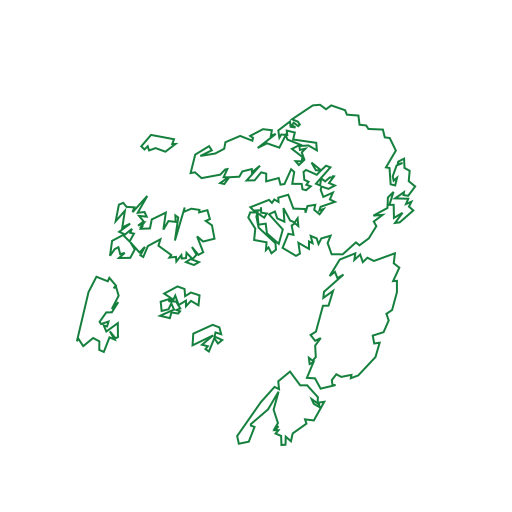 Austevoll nor, Norway (Natural Earth projection), rotated 299°
{"feature_id": "86288312B29393912466053", "entity_name": "Austevoll nor", "entity_type": "district", "adm_level": 2, "iso_a3": "NOR", "parent_name": "Norway", "parent_adm1": "", "projection": "natural_earth1", "projection_center": [5.173, 60.063], "detail": "fine", "context": "isolated", "style": "outline", "palette": "green", "viewbox_px": 512, "rotation_deg": 299, "n_neighbors": 0, "source": "geoboundaries", "source_scale": "gbopen_adm2", "svg_char_len": 6165}
<svg xmlns="http://www.w3.org/2000/svg" viewBox="0 0 512 512"><g transform="rotate(299 256 256)"><path d="M315.2,153.7L296.8,158.6L299.6,162.1L297.7,170.6L309.8,185.3L316.7,187.1L318.1,188.8L309.2,189.5L311.5,193.7L302.4,189.3L303.6,193.4L311.9,194.4L317.3,203.0L323.3,203.0L330.0,210.2L327.3,211.9L336.9,215.7L317.5,211.2L321.5,218.1L331.7,220.0L333.0,225.0L326.2,228.7L335.2,238.1L330.3,242.8L332.7,246.0L348.9,244.7L348.0,248.7L336.7,252.7L341.2,261.0L336.9,264.3L337.8,267.9L343.5,270.1L342.7,265.5L346.4,266.0L346.0,261.4L352.6,256.8L355.5,258.0L356.5,269.8L362.3,271.3L360.0,266.8L364.6,259.3L362.5,271.4L368.9,273.5L369.6,278.1L348.3,273.4L348.8,277.8L355.5,275.4L354.8,280.3L360.6,282.5L361.3,284.4L363.2,284.7L363.5,285.6L355.2,284.5L355.9,290.8L349.9,286.9L348.5,279.6L345.3,280.4L340.3,286.2L348.7,292.5L341.3,293.2L341.6,298.8L330.3,288.6L326.5,289.4L329.9,292.3L323.3,291.4L324.6,284.5L329.5,283.0L324.6,276.8L317.9,278.3L320.9,276.2L315.6,265.7L325.2,254.5L317.8,247.2L314.2,249.5L314.3,244.6L310.2,244.2L311.4,240.2L295.9,227.4L294.6,231.9L298.4,238.1L301.1,236.7L296.4,239.5L298.4,244.8L293.5,244.6L294.3,236.4L284.6,243.0L289.0,248.8L281.1,254.6L277.7,270.0L292.2,266.6L298.8,247.2L304.1,251.0L299.2,256.3L299.8,264.2L311.2,256.8L303.6,268.7L304.1,273.6L309.2,274.1L302.7,278.5L303.5,274.2L300.0,272.4L292.7,278.5L291.1,273.5L276.0,275.3L275.5,290.9L279.4,293.3L288.1,286.7L287.9,298.9L294.4,295.3L294.6,299.3L300.1,294.1L300.8,300.5L296.8,304.9L303.0,304.6L309.9,311.4L302.0,312.4L294.2,321.3L299.5,331.0L316.3,336.8L315.5,341.3L326.1,346.1L340.4,346.8L343.2,342.3L353.4,346.8L348.2,339.1L361.7,347.7L371.1,343.0L378.7,345.2L365.4,347.9L367.5,351.6L356.2,358.2L364.8,363.2L352.3,361.6L355.1,365.4L372.1,371.5L373.4,365.8L378.8,365.6L374.2,362.0L379.9,361.4L373.8,349.7L383.6,354.5L380.8,355.5L382.4,359.9L394.0,361.5L395.5,353.3L405.0,349.1L405.0,343.2L412.9,338.3L407.4,334.6L405.1,335.5L408.4,339.1L403.4,335.1L392.1,336.9L388.6,339.9L392.8,341.4L385.2,343.5L384.0,339.0L397.7,330.1L396.5,326.7L416.0,327.2L424.0,315.8L422.2,311.1L428.1,305.7L421.6,292.7L423.6,289.1L421.0,282.9L428.5,277.5L423.7,267.0L426.7,263.2L424.2,248.8L418.3,246.1L419.3,238.7L415.3,232.7L393.0,221.2L393.8,227.4L392.2,230.6L390.0,229.9L390.9,224.4L387.9,224.0L387.5,228.2L385.8,223.6L390.1,220.5L376.6,214.6L370.8,219.1L374.5,219.2L377.0,224.7L380.6,222.1L382.8,230.1L375.9,232.0L384.2,253.8L377.9,258.0L378.1,248.3L373.2,240.6L370.1,242.9L373.8,247.2L368.8,245.8L363.6,251.7L356.3,249.4L358.1,244.6L360.9,250.0L365.1,248.7L367.1,235.5L374.8,240.7L373.1,227.0L376.1,223.4L362.1,223.9L359.9,211.0L351.3,205.1L372.3,214.1L368.5,210.7L373.7,208.9L370.3,200.6L358.2,192.7L357.9,196.1L355.1,196.9L353.3,183.9L340.7,174.1L334.4,176.2L325.8,170.6L316.5,158.8L327.0,166.1L329.3,161.7L315.2,153.7ZM293.5,331.0L274.2,330.1L280.4,332.7L276.1,338.0L282.2,341.5L257.6,332.8L252.0,335.2L262.8,340.3L247.7,343.5L244.9,338.7L218.9,345.1L213.4,342.0L210.5,348.9L215.6,352.4L206.3,351.2L196.6,357.3L191.9,356.3L192.6,351.6L187.5,355.3L191.0,357.7L174.1,359.6L177.6,366.9L171.3,376.8L181.7,388.2L180.2,385.5L184.2,382.5L191.5,383.6L191.6,389.2L198.3,397.1L195.1,398.2L201.1,403.3L225.5,409.5L240.1,406.2L236.8,401.8L243.0,396.7L251.2,404.5L264.0,403.3L268.6,398.1L274.8,401.2L292.7,396.8L302.6,391.3L300.5,388.1L315.3,387.0L316.4,380.0L325.7,376.2L308.8,361.5L308.5,354.3L302.4,352.4L307.8,346.4L300.2,343.9L306.5,341.6L293.5,331.0ZM234.4,111.2L218.4,116.4L232.0,119.4L216.2,125.2L223.3,130.3L210.8,124.6L211.4,131.1L219.6,134.3L215.3,134.8L216.4,138.4L207.4,138.4L209.9,129.6L199.5,122.8L185.4,128.2L193.5,129.1L197.0,131.4L191.8,136.3L195.1,139.7L187.8,137.1L193.4,146.9L202.9,146.8L207.1,139.5L202.6,152.4L210.1,154.4L200.6,154.5L200.5,157.9L212.3,156.6L224.3,164.3L217.7,165.7L215.8,181.4L212.6,181.0L216.4,186.4L212.6,189.0L220.6,190.3L217.8,192.3L220.2,195.8L225.1,193.7L222.9,201.0L216.7,197.7L218.0,206.0L223.0,209.1L221.9,201.8L228.3,203.4L232.8,195.6L229.1,205.1L233.7,208.0L244.6,195.0L243.0,202.7L251.0,211.3L261.5,202.6L262.3,195.0L265.9,197.8L272.5,191.3L266.6,185.1L268.9,184.2L266.0,176.5L259.4,171.3L263.9,170.1L230.2,177.6L252.0,169.3L252.4,165.8L246.9,169.2L244.1,162.5L234.2,162.2L250.2,156.1L237.4,147.1L228.7,149.9L223.9,142.0L227.9,142.4L223.9,141.1L230.4,141.9L225.4,138.1L231.7,141.0L234.4,134.3L237.4,141.3L240.4,137.2L236.5,131.6L255.8,131.8L234.5,126.8L239.6,126.0L236.2,119.0L238.1,114.1L234.4,111.2ZM89.4,326.8L83.5,332.0L90.1,339.7L105.8,337.6L105.2,333.8L106.4,333.0L127.7,340.9L148.3,341.5L130.1,345.9L120.5,356.2L114.8,356.0L118.0,358.3L112.7,356.8L114.5,360.1L110.2,359.2L110.8,365.2L103.0,369.9L105.3,373.3L112.4,369.6L110.9,376.4L118.6,374.1L133.8,381.4L136.9,378.1L140.2,386.3L161.6,386.4L158.2,382.0L154.6,384.9L154.7,378.2L157.8,374.1L157.0,381.3L162.5,378.6L167.7,363.4L164.3,357.4L171.4,341.8L157.2,336.2L150.7,340.7L150.5,335.7L130.6,331.1L89.4,326.8ZM143.3,127.0L94.6,140.7L97.6,140.7L93.4,148.6L105.3,153.3L105.4,160.4L97.9,164.4L98.3,169.4L113.8,167.3L114.4,172.8L119.2,164.7L115.9,173.1L118.1,174.6L130.3,167.7L117.4,161.7L121.4,156.6L122.2,159.9L127.2,158.8L121.4,153.5L122.6,151.1L134.1,152.4L136.8,157.2L148.9,157.9L139.8,155.6L154.7,155.1L161.0,148.7L158.9,147.0L162.2,147.9L165.8,138.3L162.0,138.6L160.5,126.5L143.3,127.0ZM169.8,194.8L162.2,200.1L167.0,205.3L173.5,204.9L169.4,210.3L157.2,201.1L159.9,210.8L165.6,209.4L168.0,215.9L170.8,216.4L170.2,212.6L173.4,215.2L177.4,208.2L174.3,202.2L175.3,201.0L177.4,204.9L182.2,204.6L175.6,212.1L183.0,216.4L178.1,219.1L185.2,220.9L185.0,229.6L194.2,225.7L192.5,216.8L186.5,213.5L192.5,209.5L191.3,202.1L178.6,193.9L177.9,202.5L169.8,194.8ZM174.8,251.5L157.7,238.8L147.1,243.8L165.8,257.0L152.2,251.8L153.7,257.6L150.1,256.9L149.6,261.1L164.0,259.4L161.0,265.1L166.1,267.2L165.5,258.9L169.5,257.6L170.7,263.5L175.8,258.6L174.8,251.5ZM311.0,105.5L296.3,102.5L295.1,106.8L299.5,108.1L296.5,111.3L301.7,115.9L303.3,126.2L315.0,131.3L313.4,128.4L318.4,127.7L311.0,105.5ZM291.3,229.8L285.9,230.6L279.6,242.1L269.1,246.6L273.1,258.6L266.0,261.8L269.6,262.8L265.9,268.2L271.2,270.4L276.6,266.8L282.1,244.5L290.7,237.2L294.8,236.2L291.3,229.8Z" fill="none" stroke="#15803d" stroke-width="2"/></g></svg>